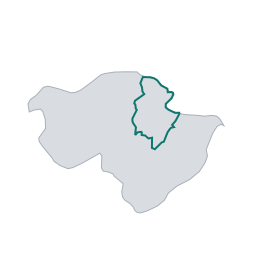 where Northern sits in Rwanda, rotated 56°
{"feature_id": "RWA-3494", "entity_name": "Northern", "entity_type": "Province", "adm_level": 1, "iso_a3": "RWA", "parent_name": "Rwanda", "parent_adm1": "", "projection": "natural_earth1", "projection_center": [29.92, -1.616], "detail": "coarse", "context": "in_parent", "style": "outline", "palette": "teal", "viewbox_px": 256, "rotation_deg": 56, "n_neighbors": 0, "source": "natural_earth", "source_scale": "10m", "svg_char_len": 1735}
<svg xmlns="http://www.w3.org/2000/svg" viewBox="0 0 256 256"><g transform="rotate(56 128 128)"><path d="M104.7,77.0L107.3,77.0L124.6,72.2L126.4,73.7L129.2,83.0L130.6,84.3L133.1,84.7L137.9,82.5L146.8,75.3L150.7,70.8L155.3,64.6L161.2,57.6L164.4,51.5L167.6,47.9L171.8,46.8L176.4,47.1L179.7,47.2L177.0,48.7L176.5,53.2L179.5,60.3L189.5,75.1L195.8,77.9L199.9,83.6L204.0,93.3L205.2,105.5L203.5,120.1L204.5,130.9L208.2,138.1L209.1,147.3L207.4,158.6L205.3,165.4L202.8,167.7L199.9,168.5L196.1,167.8L191.4,168.7L186.4,170.9L183.2,171.2L181.2,170.7L177.4,168.9L171.5,163.1L160.5,166.3L157.5,166.2L153.4,169.0L150.1,172.5L148.1,172.7L146.1,172.2L136.5,165.3L133.1,165.5L131.6,185.0L130.0,195.8L128.1,200.6L121.3,205.2L114.4,207.9L110.7,207.7L95.6,209.1L89.7,209.2L86.4,207.6L82.2,196.5L74.2,191.6L66.5,189.4L63.4,190.0L60.6,195.8L59.5,200.9L52.0,197.4L49.8,193.0L49.6,185.6L46.9,175.5L48.4,171.2L51.3,168.4L57.5,163.0L66.9,155.6L68.9,152.1L70.2,146.2L69.6,132.5L68.7,121.0L69.8,116.9L74.1,107.9L79.9,98.8L86.6,89.1L90.6,88.2L95.9,84.5L101.5,79.1L104.7,77.0Z" fill="#d9dde1" stroke="#a8b0b8" stroke-width="1"/><path d="M132.0,85.2L135.5,84.2L141.8,80.5L144.0,77.0L145.0,77.6L148.8,84.8L150.1,89.7L153.0,89.4L151.9,92.0L152.3,94.1L153.7,97.6L159.4,106.0L158.8,108.1L160.6,117.6L157.9,119.3L149.5,113.5L148.1,116.9L143.8,118.0L141.4,120.6L139.3,119.0L138.5,119.3L136.9,122.6L137.7,125.2L137.2,125.5L131.8,121.0L126.3,121.0L124.1,120.1L122.6,119.0L117.9,110.6L116.3,110.7L112.6,108.8L111.2,109.1L109.3,107.0L109.0,95.6L105.8,95.6L102.2,93.7L97.8,92.7L94.1,87.2L98.4,81.1L101.6,78.4L104.8,77.1L111.2,76.7L117.4,73.4L120.6,75.0L122.5,71.8L123.9,71.0L125.5,71.6L127.8,75.4L129.1,83.2L132.0,85.2Z" fill="none" stroke="#0f766e" stroke-width="2"/></g></svg>